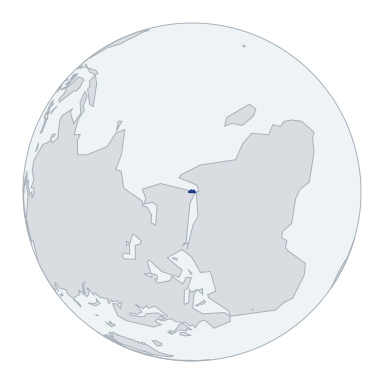 Lahij on an orthographic globe, rotated 217°
{"feature_id": "YEM-157", "entity_name": "Lahij", "entity_type": "Governorate", "adm_level": 1, "iso_a3": "YEM", "parent_name": "Yemen", "parent_adm1": "", "projection": "orthographic", "projection_center": [44.466, 13.315], "detail": "fine", "context": "on_globe", "style": "filled", "palette": "blue", "viewbox_px": 384, "rotation_deg": 217, "n_neighbors": 0, "source": "natural_earth", "source_scale": "10m", "svg_char_len": 9515}
<svg xmlns="http://www.w3.org/2000/svg" viewBox="0 0 384 384"><g transform="rotate(217 192 192)"><circle cx="192" cy="192" r="169" fill="#eef3f6" stroke="#a8b0b8"/><path d="M147.3,29.0L147.5,29.0L142.1,30.6L140.5,31.1L147.3,29.0ZM120.3,39.0L117.3,40.4L113.9,42.2L120.3,39.0ZM110.5,44.0L109.5,44.5L113.0,42.8L102.1,49.1L92.6,56.1L89.9,58.0L87.4,59.4L88.5,58.5L99.2,50.8L110.5,44.0ZM23.1,197.8L24.0,204.0L26.5,214.6L27.9,224.7L28.6,233.7L34.2,252.3L29.7,239.0L26.4,225.5L24.2,211.7L23.1,197.8ZM163.3,25.5L162.8,25.6L162.3,25.7L163.3,25.5ZM160.5,26.0L161.7,25.8L158.8,26.4L157.8,26.5L160.5,26.0ZM149.1,29.0L150.7,28.5L153.3,27.9L149.1,29.0ZM162.3,25.7L163.3,25.5L164.5,25.3L162.3,25.7ZM178.6,23.6L178.4,23.6L173.1,24.1L175.2,23.9L170.9,24.4L172.8,24.1L178.6,23.6ZM168.5,25.0L161.6,26.1L158.1,27.1L155.7,27.5L161.8,25.9L168.5,25.0ZM170.3,24.5L168.6,24.8L166.5,25.1L166.3,25.0L170.3,24.5ZM182.7,23.3L180.0,23.5L181.6,23.4L182.7,23.3ZM167.9,25.1L169.5,24.9L167.9,25.2L167.9,25.1ZM176.8,23.9L177.3,23.8L178.6,23.7L176.8,23.9ZM172.4,24.7L170.2,24.9L172.4,24.7ZM174.8,24.3L176.3,24.2L171.3,24.6L174.8,24.2L174.8,24.3ZM177.8,23.8L178.7,23.7L177.4,23.9L177.8,23.8ZM174.4,25.2L168.1,25.8L167.7,25.4L173.9,24.8L174.4,25.2ZM265.9,40.1L264.5,39.4L266.8,40.5L272.1,43.3L273.1,43.8L278.1,48.3L289.6,57.5L290.4,56.5L294.7,59.1L308.5,71.4L320.9,90.5L326.8,96.3L329.7,100.5L330.1,103.6L325.9,97.4L323.0,95.7L320.6,92.1L319.9,95.8L316.4,90.8L317.6,96.6L321.2,100.3L323.1,98.5L325.6,106.3L332.3,112.8L337.2,121.8L339.7,139.8L336.1,146.6L336.7,149.7L333.2,147.0L331.6,154.0L340.8,169.9L341.6,175.0L337.7,186.2L337.0,182.5L327.7,175.2L328.2,187.8L335.4,196.4L337.9,207.9L333.4,205.3L330.6,195.3L327.2,192.4L326.5,181.6L320.6,166.7L315.9,170.8L314.7,164.4L305.9,152.9L298.2,158.4L287.2,177.3L288.3,193.6L283.3,201.5L270.9,179.4L266.3,164.1L261.2,166.1L248.9,154.0L226.1,154.8L223.3,150.9L218.9,153.0L210.3,149.3L206.4,142.9L201.0,143.5L211.7,160.3L217.6,159.8L223.2,153.0L225.0,159.1L233.4,164.3L222.3,179.8L189.2,194.0L186.9,181.8L166.5,148.5L167.7,144.8L167.6,144.4L167.4,143.7L164.6,149.6L161.4,143.2L171.3,166.2L172.5,176.1L188.7,194.7L186.9,196.6L192.4,200.5L211.1,195.5L211.0,199.6L201.6,218.6L176.6,244.0L180.5,260.8L179.6,274.9L165.3,283.7L167.9,294.3L160.6,297.7L161.1,303.5L156.0,309.3L147.1,314.4L130.5,313.2L128.4,308.0L118.5,297.1L104.3,270.5L107.3,259.0L105.4,249.4L93.5,226.8L96.0,215.1L93.1,209.7L87.0,210.1L83.7,203.6L80.1,202.9L58.5,203.2L52.6,193.9L47.6,167.8L52.1,159.0L54.3,148.0L86.4,116.0L91.6,119.1L115.0,117.6L117.7,119.3L113.2,127.3L129.5,139.5L136.7,132.9L153.1,139.8L165.1,140.2L172.4,124.7L152.8,123.7L151.1,116.0L168.2,110.3L185.6,112.1L185.5,109.2L175.9,102.4L181.3,97.5L172.7,99.7L175.1,102.7L169.8,104.4L167.3,101.8L169.3,100.0L164.5,98.6L156.1,108.2L157.6,112.3L144.0,113.3L145.3,120.4L141.1,123.4L137.4,112.7L138.9,108.9L130.7,97.5L127.9,101.3L135.4,112.7L132.4,111.6L128.7,117.8L129.2,112.2L121.7,99.7L110.4,101.0L93.5,115.2L87.5,115.8L83.5,111.9L92.3,96.6L104.8,97.2L108.1,92.6L107.7,85.3L111.6,86.4L113.0,83.8L118.0,84.0L127.1,78.5L132.5,78.4L138.2,71.0L141.7,70.2L137.3,74.7L137.2,78.0L150.8,78.8L154.0,77.4L156.6,72.8L160.0,73.9L160.8,69.4L169.7,68.3L159.5,66.1L162.3,61.4L168.8,58.3L167.9,56.6L157.3,61.8L154.8,64.3L155.5,67.0L146.9,74.6L141.8,75.6L143.9,66.7L136.8,67.5L141.5,61.0L167.1,49.8L176.7,48.4L188.2,55.0L184.7,57.5L178.9,56.2L182.3,61.4L183.0,59.0L185.8,60.3L189.2,56.8L191.4,57.5L190.9,53.2L193.9,53.7L194.2,56.4L201.8,52.5L208.7,53.1L209.4,52.0L208.1,50.5L217.7,52.7L217.8,51.8L214.7,50.7L212.8,48.2L213.2,45.0L216.5,45.9L216.8,47.2L222.3,51.6L222.6,55.4L224.0,55.5L224.5,52.5L217.8,47.0L217.1,44.8L220.8,47.1L219.4,46.1L220.1,45.3L223.9,45.6L220.0,43.1L223.1,35.5L230.7,35.9L233.7,38.3L239.4,35.7L247.5,37.4L244.6,36.2L245.4,34.9L242.9,34.3L241.6,33.7L242.4,31.4L245.1,32.0L242.2,30.7L240.7,30.2L238.5,29.6L237.0,29.1L251.7,33.9L265.9,40.1ZM73.6,133.1L72.3,136.3L73.6,133.1ZM203.1,122.5L214.1,123.2L210.8,113.5L214.8,113.2L212.2,110.2L210.5,112.8L204.4,104.9L209.7,102.3L209.2,98.4L205.5,98.0L196.7,104.2L205.3,115.3L202.1,119.2L203.1,122.5ZM81.2,65.1L77.0,68.9L79.7,66.3L78.2,67.4L82.0,63.7L88.8,58.8L85.1,61.5L81.2,65.1ZM115.8,70.8L116.8,72.5L113.8,75.3L107.0,76.7L111.3,72.6L115.8,70.8ZM118.9,74.5L122.8,66.1L127.2,65.3L124.1,67.1L126.6,67.4L122.2,70.4L122.5,78.4L119.9,81.5L108.8,81.7L113.9,79.7L112.6,77.9L118.9,74.5ZM125.2,50.5L127.0,48.1L134.2,49.3L131.7,51.5L124.7,52.7L123.6,50.9L125.2,50.5ZM135.7,32.8L135.9,32.6L137.2,32.2L138.1,32.0L135.7,32.8ZM130.7,34.6L130.3,34.7L133.9,33.5L136.2,32.7L144.2,30.1L149.7,28.4L152.4,27.8L155.3,27.1L156.9,26.8L156.1,27.1L153.3,27.6L154.1,27.6L149.5,28.7L149.6,28.8L136.1,33.3L135.7,33.2L128.3,36.5L124.2,37.8L129.2,35.5L120.5,39.3L123.3,37.7L117.6,40.5L129.0,35.2L129.4,35.1L130.7,34.6ZM172.6,31.0L169.7,30.3L170.6,32.7L166.0,32.8L166.4,33.1L162.3,34.0L158.1,35.8L156.3,35.7L155.4,36.5L152.7,37.3L151.0,38.4L147.0,38.7L144.5,40.2L144.0,39.5L140.8,42.1L141.4,40.4L138.0,41.6L139.2,42.6L122.2,44.0L114.5,46.8L107.8,50.2L109.8,47.5L117.4,42.9L127.2,38.2L134.3,36.3L133.9,35.7L137.2,34.7L136.1,35.6L139.7,33.7L142.1,33.3L150.8,30.6L154.5,28.8L157.8,28.0L157.6,28.5L161.0,27.4L162.8,27.9L165.2,27.5L169.4,27.8L167.5,29.4L170.3,28.8L173.6,29.4L172.6,31.0ZM175.5,25.3L174.3,26.6L171.2,27.5L165.3,26.7L162.9,27.0L158.9,27.0L163.5,25.8L164.2,25.9L166.0,25.7L163.8,26.1L166.9,25.7L167.9,25.8L170.5,25.6L169.4,26.0L175.5,25.3ZM121.8,116.5L124.0,117.0L127.8,117.0L125.5,121.1L121.8,116.5ZM116.4,107.9L118.6,107.6L117.3,112.9L114.9,112.5L116.4,107.9ZM121.0,103.1L118.9,107.2L118.6,104.8L121.0,103.1ZM139.5,74.3L141.9,73.9L141.7,75.0L139.8,76.6L139.5,74.3ZM174.3,39.8L173.2,38.9L174.2,38.5L175.0,36.0L178.5,36.0L179.4,37.5L174.3,39.8ZM168.4,127.3L164.3,130.1L162.8,128.6L164.5,127.9L168.4,127.3ZM143.4,125.6L148.5,127.9L142.7,126.7L143.4,125.6ZM178.3,39.4L178.2,38.3L180.0,39.0L178.3,39.4ZM181.1,35.9L183.4,36.5L179.1,35.7L181.1,35.9ZM238.3,338.8L239.6,340.1L236.9,340.4L238.3,338.8ZM209.1,272.5L199.0,296.6L190.9,296.7L188.7,289.8L191.9,275.3L201.2,271.0L205.6,264.2L209.1,272.5ZM352.6,229.6L353.7,229.5L353.5,230.3L352.6,229.6ZM351.5,227.7L353.1,227.1L350.9,229.5L351.5,227.7ZM353.6,226.8L355.2,224.5L355.9,222.9L355.6,224.5L353.6,226.8ZM350.3,228.3L342.2,231.2L338.6,230.4L339.8,227.3L345.7,226.1L350.3,228.3ZM339.5,227.3L333.4,221.2L322.4,200.8L326.4,200.3L337.4,211.5L336.8,214.1L340.5,219.2L339.5,227.3ZM352.7,208.2L352.0,215.7L347.9,216.8L345.9,216.4L344.5,207.6L345.3,202.6L347.1,202.1L352.1,183.7L354.3,186.7L353.2,194.2L354.8,199.8L352.7,208.2ZM289.1,195.1L293.4,204.2L290.5,206.3L289.1,195.1ZM352.6,171.6L351.6,179.5L352.0,169.4L352.6,171.6ZM351.9,162.5L352.8,165.9L351.3,163.0L351.9,162.5ZM338.1,154.4L336.2,155.9L335.5,153.5L337.3,150.2L338.1,154.4ZM340.9,129.6L343.6,136.6L344.2,139.0L342.0,135.1L340.9,129.6ZM208.2,40.8L203.1,43.9L201.7,46.9L204.6,49.3L198.3,47.5L200.4,43.0L208.2,40.8ZM221.0,35.9L218.4,34.3L220.9,34.5L221.8,34.9L221.0,35.9ZM218.4,35.3L212.6,34.4L212.1,33.2L216.8,34.1L218.4,35.3ZM195.4,36.0L193.6,36.8L192.2,36.2L195.4,36.0ZM331.6,287.2L324.6,295.5L323.8,295.1L327.4,290.2L333.5,277.0L334.1,276.9L338.0,267.6L346.6,256.0L353.9,238.2L354.6,237.6L356.8,229.2L353.6,241.5L349.4,253.5L344.3,265.2L338.3,276.4L331.6,287.2ZM355.2,228.5L357.3,221.8L357.9,220.8L355.2,228.5ZM360.5,204.8L360.6,201.8L360.8,198.9L360.5,197.4L360.9,194.6L360.9,195.5L360.5,204.8ZM359.3,206.0L359.1,208.0L358.9,206.8L359.3,206.0ZM359.7,204.4L360.2,205.5L359.6,206.2L359.7,204.4ZM355.7,200.9L356.2,205.1L357.8,201.3L356.6,206.2L357.1,213.0L356.6,216.1L356.1,208.6L355.2,217.2L354.4,217.5L354.5,210.6L355.5,201.4L356.2,197.4L358.7,194.2L355.7,200.9ZM359.9,198.9L359.7,193.9L359.7,190.2L360.1,192.7L359.9,198.9ZM358.1,182.1L356.4,176.9L355.6,179.8L356.4,170.2L358.0,176.7L358.1,182.1ZM355.5,169.6L354.8,172.3L355.0,166.9L355.5,169.6ZM354.2,170.5L353.4,166.4L354.3,166.5L354.2,170.5ZM356.0,169.5L354.8,162.4L355.9,166.3L356.0,169.5ZM351.0,157.5L354.2,163.2L351.3,161.7L347.6,148.6L348.6,147.7L351.0,157.5ZM334.1,104.0L331.9,100.8L331.8,99.6L333.4,102.1L334.1,104.0ZM329.5,94.2L331.1,98.3L332.0,102.3L333.3,103.5L336.5,109.4L332.7,104.6L329.6,97.7L329.5,95.8L326.3,91.1L324.3,87.6L319.8,82.3L317.9,79.8L321.9,84.2L329.5,94.2ZM317.8,80.1L309.3,71.1L310.6,71.8L312.7,73.9L316.1,77.6L315.2,77.0L317.8,80.1ZM307.6,69.2L306.7,68.7L292.2,57.2L289.4,55.1L301.2,63.4L300.9,63.5L304.2,66.4L307.6,69.2ZM240.1,33.4L238.6,32.6L240.2,32.8L240.1,33.4ZM235.1,30.7L234.3,31.0L233.7,30.3L235.1,30.7ZM233.0,32.0L233.4,31.0L234.9,32.6L233.0,32.0Z" fill="#d9dde1" stroke="#a8b0b8" stroke-width="1"/><path d="M191.9,193.9L191.7,193.9L191.5,194.0L191.4,194.0L191.2,194.1L191.2,193.9L191.2,194.0L191.1,193.9L191.0,194.0L190.8,194.1L190.7,194.1L190.4,194.0L190.3,193.9L190.2,193.9L189.9,193.8L189.8,193.7L189.7,193.7L189.3,193.8L189.4,193.6L189.6,193.3L189.8,193.1L189.9,192.9L189.9,192.7L190.0,192.7L190.3,192.6L190.5,192.7L190.7,192.8L190.7,192.7L190.9,192.6L191.0,192.6L191.1,192.4L191.3,192.3L191.5,192.3L191.6,192.2L191.7,191.9L191.9,191.8L192.0,191.8L192.0,191.7L191.9,191.7L191.7,191.6L191.8,191.5L191.9,191.4L192.0,191.4L192.2,191.2L192.3,191.3L192.5,191.4L192.8,191.2L193.0,191.2L193.1,190.8L193.3,190.8L193.5,190.7L193.8,190.6L194.0,190.1L194.3,190.1L194.6,189.9L194.7,190.1L194.7,190.3L194.6,190.5L194.4,190.6L194.3,190.8L194.1,191.0L194.3,191.0L194.2,191.3L194.1,191.5L194.3,191.7L194.3,191.8L194.2,191.8L193.9,192.4L193.8,193.1L193.6,193.2L193.0,193.3L192.4,193.4L192.2,193.5L191.9,193.9L191.9,193.9Z" fill="#3b82f6" stroke="#1e3a8a" stroke-width="1.5"/></g></svg>